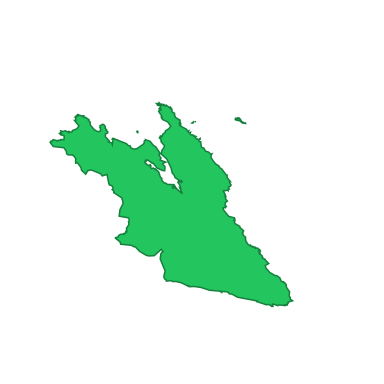 the district of Carndonagh Lea-4, Donegal, Ireland, rotated 35°
{"feature_id": "5873133B51648159491846", "entity_name": "Carndonagh Lea-4", "entity_type": "district", "adm_level": 2, "iso_a3": "IRL", "parent_name": "Ireland", "parent_adm1": "Donegal", "projection": "natural_earth1", "projection_center": [-7.257, 55.295], "detail": "fine", "context": "isolated", "style": "filled", "palette": "green", "viewbox_px": 384, "rotation_deg": 35, "n_neighbors": 0, "source": "geoboundaries", "source_scale": "gbopen_adm2", "svg_char_len": 6079}
<svg xmlns="http://www.w3.org/2000/svg" viewBox="0 0 384 384"><g transform="rotate(35 192 192)"><path d="M47.2,232.7L52.3,234.3L61.7,229.2L65.7,230.7L67.4,232.6L69.3,232.6L72.8,230.3L74.6,230.3L77.4,231.2L80.1,235.1L81.4,233.7L87.3,235.8L88.9,237.5L94.7,238.4L94.4,234.3L96.8,231.7L106.7,229.5L109.2,230.3L112.4,226.4L118.9,232.7L120.3,233.6L122.5,232.8L124.1,233.3L125.4,234.3L125.2,235.9L127.1,235.9L128.3,237.4L137.7,237.1L140.0,238.8L142.1,240.8L143.2,248.0L146.2,253.6L154.6,249.7L155.8,250.0L157.1,251.7L156.9,252.5L159.0,254.9L159.1,259.3L161.0,261.3L160.3,262.2L161.5,262.9L160.6,264.2L160.7,265.0L159.9,265.2L160.1,265.9L157.9,267.4L156.8,269.8L157.3,271.2L155.5,273.3L155.9,273.8L161.6,274.1L163.5,275.7L173.0,270.4L175.8,270.2L176.9,269.4L183.0,270.7L190.8,270.1L193.4,269.1L197.6,265.8L199.7,256.6L202.6,257.5L201.9,258.6L201.9,260.4L204.3,265.0L215.3,272.1L217.3,277.3L219.1,278.8L221.1,278.9L222.1,279.7L225.7,276.6L227.6,276.4L230.4,274.4L235.6,272.4L243.4,271.3L243.0,270.8L245.0,270.5L247.9,268.2L254.2,265.0L262.8,262.4L271.7,257.2L273.8,257.3L273.2,256.5L278.2,253.5L280.8,253.9L280.4,254.3L283.5,252.7L289.6,252.1L307.8,243.9L308.7,244.1L307.1,244.9L317.6,241.7L319.5,240.0L323.0,240.0L323.9,239.3L322.8,238.7L323.0,237.9L322.2,237.8L322.4,237.4L327.6,235.8L327.7,234.9L332.2,232.2L331.7,231.6L332.8,232.1L333.6,231.4L333.1,230.7L335.5,229.8L334.1,229.7L334.6,227.6L333.8,227.1L336.8,223.4L334.0,223.4L333.0,222.0L331.3,221.6L329.1,217.7L324.8,216.2L323.2,215.2L322.5,213.9L320.2,213.2L318.8,213.6L318.5,213.0L316.4,214.0L313.4,212.0L309.9,211.8L307.6,212.8L301.9,213.3L296.1,211.9L294.2,210.2L295.9,206.6L290.2,205.5L291.0,205.3L290.6,205.2L287.4,205.7L287.3,204.9L285.7,203.9L283.0,204.1L282.4,203.7L282.8,203.2L281.8,202.9L282.1,202.3L280.6,202.0L281.7,200.9L280.8,200.5L277.6,200.4L276.6,201.6L275.7,200.9L275.0,201.2L275.4,201.7L273.6,201.6L273.1,202.4L272.6,201.8L271.2,202.6L270.5,202.1L270.5,202.8L267.5,202.7L264.1,201.1L262.9,199.9L263.6,199.6L262.9,199.9L261.8,198.3L259.3,198.1L256.8,196.7L257.1,196.0L256.3,195.2L256.6,194.2L251.8,193.6L250.8,192.7L245.6,193.2L244.1,192.5L243.7,191.3L242.6,191.1L243.0,190.6L242.5,190.6L242.7,189.6L241.6,188.8L236.1,190.9L229.0,188.9L226.6,187.5L227.5,185.8L228.3,185.7L227.9,185.0L228.5,184.3L226.4,183.5L225.4,181.6L226.2,179.1L223.7,178.5L222.8,177.7L222.6,176.6L223.1,176.8L221.9,176.3L221.3,176.5L221.3,175.4L217.0,173.2L220.2,170.1L220.9,170.2L220.3,169.1L220.9,168.3L219.0,167.1L220.1,165.4L220.0,163.8L217.4,162.9L216.8,161.9L217.5,161.5L212.4,160.0L211.1,158.0L210.3,158.4L203.2,156.1L200.8,156.2L198.9,155.2L195.3,155.4L191.6,154.4L188.1,153.0L186.6,151.0L186.4,149.3L185.7,150.2L182.5,149.8L179.6,150.8L176.4,149.2L175.2,149.9L173.6,149.5L170.2,145.8L169.1,146.5L167.7,145.3L164.1,145.8L163.3,145.2L163.5,144.2L161.1,145.2L160.6,145.0L161.0,144.7L159.8,144.8L158.6,145.8L156.9,145.3L156.6,143.9L155.2,145.2L154.1,144.7L154.1,143.9L153.6,144.6L151.3,143.8L144.4,144.6L143.5,144.1L143.9,143.7L142.4,143.4L142.1,142.6L143.3,142.3L140.9,140.6L141.0,140.0L136.1,140.4L133.8,139.2L132.6,137.5L129.7,137.8L128.5,136.3L127.2,135.9L121.1,135.6L120.7,136.7L119.9,136.5L120.4,136.9L118.0,137.6L118.4,136.7L116.1,137.8L116.8,138.5L113.4,139.2L112.6,139.7L114.5,139.7L112.7,140.5L114.6,140.6L115.9,139.7L117.6,140.1L117.3,142.2L118.4,141.7L119.6,142.6L118.1,143.5L118.5,144.4L117.8,144.5L118.5,144.6L118.4,145.1L123.8,147.2L124.7,148.2L124.1,148.5L125.1,149.1L126.7,149.5L131.8,148.5L136.8,150.3L136.7,153.6L135.2,157.0L135.8,158.6L134.9,161.6L135.7,163.4L134.3,166.4L136.7,166.9L137.7,168.5L142.9,169.9L143.5,171.4L143.5,175.3L145.1,178.6L152.3,179.4L161.2,184.4L164.9,187.8L167.4,188.3L169.9,189.9L175.1,189.9L176.3,188.9L177.9,189.0L178.0,190.3L174.7,190.9L174.8,192.1L179.1,193.9L179.2,194.7L180.2,195.3L179.4,195.5L185.2,199.0L176.7,198.1L174.9,199.3L174.2,198.9L173.8,199.7L172.9,198.9L173.5,197.8L175.4,197.3L173.0,196.3L167.5,199.9L165.2,199.8L164.0,200.6L160.2,199.6L159.8,198.4L157.2,197.7L153.3,194.7L148.8,194.1L148.9,194.7L146.6,194.5L145.5,196.0L143.7,195.7L143.1,194.7L143.5,194.2L142.1,193.6L140.9,195.4L136.7,195.0L135.9,193.7L136.8,193.3L135.9,192.0L137.8,191.4L137.1,191.1L142.9,191.3L143.4,190.7L149.9,192.4L155.8,191.2L157.5,190.2L155.2,186.6L152.6,186.2L151.7,185.2L153.4,182.6L147.5,184.1L147.2,182.0L144.1,180.8L143.2,179.6L144.1,178.9L143.2,178.4L136.3,175.8L133.3,175.9L128.7,174.5L123.9,175.8L124.3,176.1L123.7,177.8L124.8,179.3L124.4,181.7L122.0,188.0L120.2,190.0L116.6,191.1L115.3,189.7L113.0,190.5L110.6,190.0L96.4,193.3L96.3,194.6L97.4,194.5L99.6,199.0L98.0,197.9L95.1,198.8L95.5,198.2L94.8,197.6L89.3,196.4L87.8,193.9L89.0,192.2L88.7,191.1L86.2,190.6L86.2,190.0L84.5,189.7L83.2,188.0L81.2,187.4L80.0,187.7L78.6,190.6L79.7,191.4L79.6,192.1L81.1,192.8L81.9,194.7L80.9,196.1L79.0,196.9L75.6,196.9L70.2,195.4L68.2,192.9L66.2,192.8L66.0,191.9L62.5,191.9L54.0,194.0L53.9,194.8L55.2,194.6L54.0,197.0L53.5,196.3L53.2,197.8L54.1,197.8L55.8,200.2L55.2,200.6L56.0,200.6L55.3,200.7L55.8,201.2L61.5,202.7L61.4,206.3L58.8,210.2L59.3,211.2L57.9,213.1L56.8,212.8L56.2,213.1L56.6,214.0L53.0,214.5L51.7,216.5L49.4,217.2L50.2,217.9L50.0,218.6L51.2,219.0L50.0,220.1L52.2,220.4L52.2,219.8L55.2,219.4L57.1,222.6L54.3,224.4L54.5,225.0L52.6,226.5L52.8,227.2L48.4,228.6L47.9,230.2L48.4,230.9L47.2,231.5L47.2,232.7ZM185.7,107.4L188.0,106.6L187.0,107.7L187.6,107.6L190.1,106.3L193.7,106.6L196.0,105.3L189.4,106.2L190.6,105.0L188.5,104.3L186.4,105.0L188.2,104.9L185.3,106.6L185.7,107.4ZM124.1,135.4L127.2,135.8L127.5,135.5L125.7,134.9L125.7,135.5L124.1,135.4ZM113.6,174.3L112.6,173.4L112.1,174.0L113.2,174.7L113.6,174.3ZM153.7,134.8L152.5,134.9L152.4,135.5L153.7,134.8ZM167.9,143.4L167.6,144.5L168.4,143.9L167.9,143.4ZM113.1,138.5L115.1,138.6L112.8,138.4L113.1,138.5ZM59.7,191.6L59.3,191.9L60.0,192.3L59.7,191.6ZM153.1,133.5L154.0,133.6L152.3,133.4L153.1,133.5ZM155.0,132.3L153.9,132.5L155.0,132.3ZM114.9,138.0L115.4,138.5L116.0,138.3L114.9,138.0ZM134.3,163.9L134.0,164.5L134.9,164.4L134.3,163.9ZM196.4,104.8L195.4,104.8L196.5,105.0L196.4,104.8Z" fill="#22c55e" stroke="#15803d" stroke-width="1.5"/></g></svg>